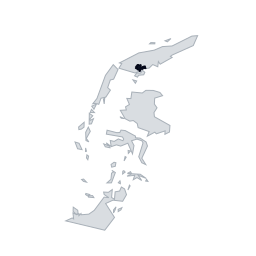 Banyu Asin, Sumatera Selatan, Indonesia (highlighted), rotated 102°
{"feature_id": "22746128B71070720422540", "entity_name": "Banyu Asin", "entity_type": "district", "adm_level": 2, "iso_a3": "IDN", "parent_name": "Indonesia", "parent_adm1": "Sumatera Selatan", "projection": "equal_earth", "projection_center": [104.728, -2.399], "detail": "fine", "context": "in_parent", "style": "filled", "palette": "ink", "viewbox_px": 256, "rotation_deg": 102, "n_neighbors": 0, "source": "geoboundaries", "source_scale": "gbopen_adm2", "svg_char_len": 6355}
<svg xmlns="http://www.w3.org/2000/svg" viewBox="0 0 256 256"><g transform="rotate(102 128 128)"><path d="M89.2,100.9L93.2,108.1L99.1,107.2L102.2,103.8L107.5,105.8L111.5,104.5L116.8,87.5L123.3,86.6L126.5,90.6L123.1,91.1L127.8,99.1L126.5,100.9L132.0,107.4L127.1,106.6L125.5,118.2L121.7,119.9L119.6,124.4L120.9,127.6L119.5,132.7L112.3,139.2L110.7,133.4L107.8,134.8L104.7,131.5L99.3,135.3L98.6,131.3L92.0,131.7L90.8,121.3L87.5,118.4L86.0,111.2L86.6,104.2L89.2,100.9ZM23.2,79.1L33.8,81.3L47.4,99.9L49.1,101.4L49.8,99.5L58.9,109.8L56.7,112.1L61.9,111.6L60.8,117.0L65.0,119.8L67.2,126.3L66.3,129.4L69.8,128.1L72.7,132.6L71.4,149.3L66.3,147.5L66.1,149.9L52.3,133.0L46.4,118.5L41.2,111.2L38.6,101.9L24.8,84.6L23.2,79.1ZM232.8,129.5L231.8,169.6L227.6,163.9L228.2,162.3L222.5,164.2L223.5,160.2L222.0,158.1L222.6,157.8L223.5,158.0L224.0,157.8L221.4,156.2L222.6,155.7L220.4,148.4L215.6,143.9L200.6,137.0L200.1,132.3L198.0,137.5L195.7,138.5L195.0,133.8L191.5,130.6L199.4,129.6L200.5,126.4L193.1,127.3L191.4,123.1L187.1,122.2L188.3,118.7L193.5,115.6L200.8,118.0L201.7,127.7L206.5,134.2L218.3,122.6L232.8,129.5ZM159.1,107.3L153.9,111.5L139.4,110.2L137.6,111.8L137.0,116.9L139.7,121.9L143.9,118.5L152.4,118.2L142.9,125.0L147.2,131.4L146.9,135.8L149.7,140.5L143.9,142.8L144.0,138.7L140.7,135.2L141.5,130.4L139.7,129.9L137.9,131.6L138.5,147.9L134.5,148.0L134.9,138.3L134.2,135.1L131.5,134.4L131.1,130.2L134.4,119.0L136.0,118.7L135.4,114.0L137.9,107.4L141.6,105.2L154.7,108.2L160.1,103.0L159.1,107.3ZM72.9,149.9L83.2,152.2L84.7,155.3L92.7,156.3L94.6,153.1L102.4,156.1L104.5,160.6L110.9,161.5L110.7,165.2L111.6,167.5L105.6,164.5L81.2,161.0L69.1,155.6L72.9,149.9ZM172.1,108.2L176.5,103.7L174.6,108.9L177.5,112.1L172.9,111.6L175.3,118.9L172.0,114.9L170.7,106.4L173.5,99.8L172.1,108.2ZM174.2,131.1L185.1,132.8L186.1,137.2L181.7,134.0L175.6,134.7L173.9,132.9L172.8,135.0L174.2,131.1ZM149.0,166.5L141.0,168.5L135.4,167.0L139.1,164.2L146.9,166.6L149.7,163.4L149.0,166.5ZM126.1,163.7L131.5,164.6L132.3,166.8L121.7,168.9L123.4,165.0L127.1,167.2L128.3,166.4L126.1,163.7ZM158.7,168.5L158.8,173.0L152.7,176.9L153.1,172.7L158.7,168.5ZM72.7,123.7L74.2,128.6L76.3,129.3L75.6,132.4L72.5,130.9L71.5,126.9L68.5,126.0L70.0,123.1L72.7,123.7ZM220.9,164.4L216.8,165.1L218.9,160.1L222.1,159.0L223.1,160.9L220.9,164.4ZM136.3,171.2L138.7,173.3L139.8,175.7L137.3,176.5L131.5,172.1L136.3,171.2ZM168.1,132.5L169.7,135.8L167.2,137.0L164.4,134.5L164.5,132.6L168.1,132.5ZM111.1,163.8L116.7,165.2L114.2,168.0L111.1,163.8ZM119.9,164.0L120.7,168.2L117.4,167.6L119.9,164.0ZM82.7,130.1L79.9,133.2L80.2,129.3L82.7,130.1ZM203.2,146.9L203.8,152.3L202.5,152.5L201.5,148.6L203.2,146.9ZM109.4,156.3L105.0,158.0L103.2,157.0L109.4,156.3ZM151.1,141.5L151.1,146.3L148.6,148.4L149.6,141.9L151.1,141.5ZM31.6,104.6L35.5,107.4L35.0,109.9L31.6,104.6ZM41.2,124.4L39.7,123.4L39.0,119.4L40.1,119.3L41.2,124.4ZM188.0,162.7L187.2,160.8L189.6,157.3L189.5,160.4L188.0,162.7ZM184.2,113.9L188.7,115.2L183.6,114.7L184.2,113.9ZM156.9,123.7L161.0,125.0L156.5,124.9L156.9,123.7ZM149.2,143.9L147.0,146.2L149.0,141.9L149.2,143.9ZM207.2,117.4L209.5,117.9L211.8,120.2L209.6,120.7L207.2,117.4ZM167.4,160.7L165.9,162.4L162.8,162.6L163.7,160.7L167.4,160.7ZM202.9,153.2L201.9,155.7L200.8,155.6L201.0,151.6L202.9,153.2ZM174.1,123.7L171.3,124.1L170.6,123.2L171.7,121.6L174.1,123.7ZM207.6,123.3L210.9,123.6L214.1,124.5L211.1,125.1L207.6,123.3ZM150.0,120.7L152.8,122.4L149.9,123.2L150.0,120.7ZM176.2,99.7L174.3,99.2L176.1,97.4L176.2,99.7ZM156.3,165.3L159.4,163.8L159.8,164.7L156.3,165.3ZM184.1,123.9L183.6,126.1L181.3,124.9L182.5,124.3L184.1,123.9ZM119.8,136.7L118.6,138.2L119.6,133.5L119.8,136.7ZM171.4,115.4L172.8,118.4L172.3,118.9L170.2,116.5L171.4,115.4Z" fill="#d9dde1" stroke="#a8b0b8" stroke-width="1"/><path d="M65.6,123.8L65.6,123.7L65.4,123.5L65.2,123.5L64.9,123.8L64.1,124.1L64.1,124.5L64.3,125.1L64.5,125.5L64.8,125.9L65.0,126.2L65.1,126.5L65.3,126.9L65.5,127.2L65.9,127.4L66.1,127.3L66.3,127.4L66.4,127.8L66.2,128.0L65.8,128.2L65.7,128.3L65.5,128.5L65.0,128.6L64.8,128.7L64.7,128.9L64.6,129.0L64.4,128.9L64.2,128.7L63.9,128.4L63.7,128.6L63.8,128.9L63.7,129.0L63.8,129.2L63.9,129.3L64.0,129.2L64.1,129.3L64.1,129.2L64.1,129.3L64.3,129.4L64.4,129.5L64.5,129.7L64.5,129.8L64.4,130.1L64.5,130.2L64.3,130.5L64.2,130.6L64.1,130.8L64.0,131.0L64.2,131.3L64.2,131.5L64.2,131.8L64.2,132.1L64.2,132.3L64.1,132.5L64.3,132.3L64.4,132.2L64.5,132.1L64.8,132.1L65.0,132.2L64.9,132.0L65.1,132.1L65.3,132.1L65.5,132.1L65.6,132.3L65.7,132.2L65.8,132.1L66.0,132.2L66.1,132.3L66.1,132.2L66.3,132.1L66.2,131.9L66.3,131.6L66.5,131.5L66.4,131.4L66.5,131.4L66.4,131.3L66.5,131.3L66.4,131.2L66.6,131.1L66.7,131.3L66.8,131.3L67.0,131.4L67.0,131.5L67.3,131.5L67.2,131.7L67.3,131.6L67.3,131.8L67.2,131.9L67.2,132.0L67.0,132.3L66.9,132.3L67.0,132.3L67.2,132.5L67.3,132.6L67.5,132.7L67.5,132.9L67.6,133.0L67.8,133.0L67.9,132.9L68.0,132.7L68.1,132.2L68.0,131.9L68.0,131.7L68.3,131.6L68.4,131.4L68.2,131.4L68.3,131.2L68.3,130.7L68.3,130.4L68.3,130.2L68.5,130.2L68.7,130.3L68.9,130.3L68.9,130.2L68.8,129.8L68.7,129.8L68.7,129.7L68.8,129.7L68.9,129.4L69.0,129.4L69.1,129.2L69.2,128.9L69.3,128.9L69.4,128.7L69.5,128.6L69.8,128.6L70.0,128.6L70.4,128.3L70.5,128.3L70.1,128.1L69.9,128.2L69.3,128.1L69.2,128.0L69.0,127.9L68.9,127.8L68.7,127.9L68.5,128.0L68.4,128.0L68.2,128.0L68.1,127.9L67.8,127.8L67.6,127.9L67.6,128.0L67.6,128.3L67.7,128.5L67.6,128.3L67.5,128.2L67.6,127.8L67.6,127.5L67.4,127.5L67.2,127.5L67.2,127.8L67.1,128.0L66.9,128.2L66.8,128.7L66.7,129.2L66.7,129.3L66.7,129.5L66.7,129.4L66.7,129.2L66.8,128.7L66.7,128.4L66.7,128.1L66.5,127.9L66.7,128.0L66.8,128.0L66.9,127.6L67.2,127.3L67.3,127.1L67.5,127.0L67.5,126.9L67.5,126.6L67.5,126.4L67.4,126.1L67.2,125.8L66.9,125.7L66.6,125.7L66.5,125.8L66.5,126.1L66.4,126.1L66.3,126.3L66.2,126.4L66.2,126.5L66.1,126.4L66.3,126.3L66.2,126.2L66.3,126.1L66.5,126.1L66.4,125.8L66.5,125.7L66.4,125.6L66.2,125.6L66.1,125.8L65.9,125.7L65.7,125.6L65.6,125.4L65.6,125.2L65.5,125.5L65.5,125.3L65.5,125.1L65.5,124.9L65.6,124.7L65.8,124.5L65.8,124.4L65.8,124.1L65.8,123.9L65.7,123.8L65.7,123.7L65.6,123.8ZM66.3,125.3L66.2,125.1L65.9,124.8L65.8,125.0L65.8,125.3L65.7,125.3L65.7,125.5L65.8,125.6L66.0,125.7L66.2,125.4L66.3,125.3L66.3,125.3ZM66.1,124.6L66.1,124.4L66.1,124.1L65.9,124.2L65.9,124.3L65.9,124.5L66.1,124.6L66.1,124.6ZM66.9,127.9L66.9,127.7L66.8,127.9L66.9,127.9Z" fill="#0f172a" stroke="#020617" stroke-width="1.5"/></g></svg>